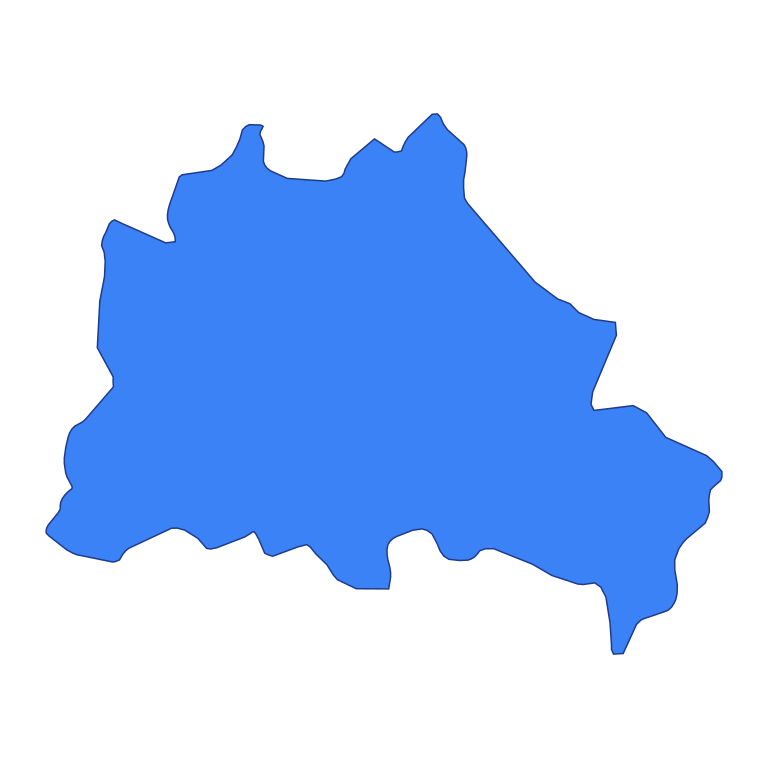 SVG path tracing the border of Berlin
{"feature_id": "DEU-1599", "entity_name": "Berlin", "entity_type": "State", "adm_level": 1, "iso_a3": "DEU", "parent_name": "Germany", "parent_adm1": "", "projection": "orthographic", "projection_center": [13.385, 52.503], "detail": "fine", "context": "isolated", "style": "filled", "palette": "blue", "viewbox_px": 768, "rotation_deg": 0, "n_neighbors": 0, "source": "natural_earth", "source_scale": "10m", "svg_char_len": 2739}
<svg xmlns="http://www.w3.org/2000/svg" viewBox="0 0 768 768"><path d="M437.5,113.9L440.5,117.2L443.2,123.6L447.4,129.7L464.0,144.6L465.6,147.6L466.7,152.0L466.8,155.9L465.1,171.3L463.6,179.9L463.6,188.1L464.4,197.4L464.8,198.8L467.7,203.6L535.1,282.1L557.5,298.9L569.9,303.7L578.6,312.5L593.9,319.4L615.4,322.4L616.4,335.3L592.7,391.8L591.0,404.3L594.0,410.4L633.1,405.6L646.5,412.7L665.8,437.4L706.7,455.7L713.3,461.4L721.9,471.6L721.9,477.3L720.5,480.7L713.9,486.4L710.5,489.8L709.3,495.2L708.8,500.5L709.4,511.4L707.5,517.9L705.1,523.2L686.5,538.8L682.7,543.0L678.9,548.6L674.7,559.9L674.8,569.9L677.3,584.7L677.1,593.3L675.8,599.6L673.9,603.5L671.8,606.8L670.3,608.4L668.3,610.0L666.4,611.0L643.0,619.0L640.8,620.2L636.5,624.4L623.2,653.5L613.5,654.1L612.5,651.6L611.5,649.5L611.5,644.9L610.0,622.7L605.9,597.0L600.8,587.1L594.8,582.9L583.0,584.5L577.7,584.0L551.9,575.5L532.4,564.2L493.7,548.7L485.1,548.8L479.7,550.8L477.2,554.2L474.3,557.1L471.1,559.0L468.1,560.1L459.7,560.5L448.9,559.3L443.9,556.2L440.1,550.9L437.5,544.4L432.1,534.0L427.0,530.3L421.9,528.9L412.5,530.3L396.8,536.4L393.1,538.4L390.1,541.2L387.9,544.7L387.0,549.6L387.1,554.4L387.7,559.0L389.9,567.7L390.6,572.7L390.6,577.1L388.7,588.9L356.2,588.7L337.4,579.7L333.1,574.7L326.9,564.7L315.8,553.9L310.4,547.2L306.7,544.6L297.3,547.1L272.8,556.2L269.2,555.2L264.7,553.2L259.0,539.7L255.6,533.5L253.9,531.7L252.0,532.1L250.7,533.3L245.1,536.8L216.9,547.7L210.7,549.0L206.6,548.4L197.8,538.3L184.7,530.1L177.4,528.1L171.6,528.2L129.1,548.1L125.9,550.6L122.9,554.1L119.5,559.9L115.4,561.6L112.5,562.0L76.8,554.7L73.0,553.2L66.8,549.9L49.4,536.3L47.2,534.2L46.5,533.4L46.2,532.6L46.1,530.8L46.6,528.3L48.2,525.0L57.9,513.1L59.0,511.4L60.3,508.9L60.2,506.3L60.7,502.3L62.4,498.5L64.8,495.1L67.5,492.2L72.0,488.5L72.2,486.8L67.0,476.9L65.7,472.7L64.3,463.4L64.3,458.1L65.8,447.2L68.2,437.0L69.8,432.5L72.1,428.8L75.1,425.9L82.2,422.1L85.4,419.4L113.4,386.9L113.1,381.5L113.2,376.9L97.3,347.7L99.8,301.2L104.5,276.7L105.2,261.3L104.2,252.4L101.6,245.4L102.3,240.6L103.7,236.4L105.8,232.4L109.3,223.9L111.8,221.2L114.5,219.9L122.1,223.5L165.7,242.9L175.2,241.7L175.2,238.4L174.4,235.0L173.3,232.4L170.1,227.0L168.6,223.3L167.5,219.1L167.5,214.2L168.3,209.2L169.6,204.5L179.3,176.9L182.1,174.8L211.9,170.4L221.0,165.1L232.2,154.9L236.5,146.9L239.8,139.3L242.4,130.0L245.8,126.5L249.2,124.7L260.6,125.0L263.1,126.3L262.1,128.6L260.5,131.3L259.9,134.5L262.9,141.5L264.0,145.9L263.4,161.4L264.8,165.2L267.3,168.4L270.6,170.9L287.3,178.4L325.7,181.1L335.9,179.0L341.6,176.7L344.0,173.2L345.2,169.0L350.8,158.8L374.5,138.9L394.2,152.0L397.0,152.0L401.5,150.9L403.2,146.2L405.6,141.3L408.2,137.2L432.1,114.3L437.5,113.9Z" fill="#3b82f6" stroke="#1e3a8a" stroke-width="1.5"/></svg>